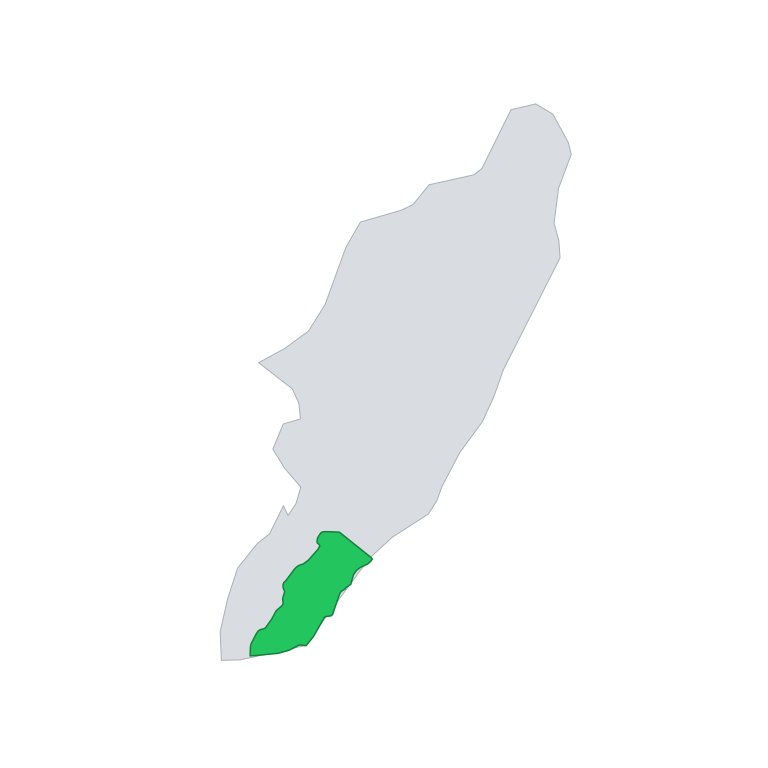 Portland highlighted on a map of Jamaica, rotated 109°
{"feature_id": "JAM-1378", "entity_name": "Portland", "entity_type": "Parish", "adm_level": 1, "iso_a3": "JAM", "parent_name": "Jamaica", "parent_adm1": "", "projection": "mercator", "projection_center": [-76.532, 18.127], "detail": "fine", "context": "in_parent", "style": "filled", "palette": "green", "viewbox_px": 768, "rotation_deg": 109, "n_neighbors": 0, "source": "natural_earth", "source_scale": "10m", "svg_char_len": 1729}
<svg xmlns="http://www.w3.org/2000/svg" viewBox="0 0 768 768"><g transform="rotate(109 384 384)"><path d="M388.0,278.8L424.0,290.0L461.2,295.7L477.2,296.1L492.3,299.6L526.3,326.4L553.6,341.1L657.2,373.8L691.7,430.2L698.2,447.8L671.5,458.3L637.8,461.9L605.6,462.5L575.8,451.7L562.8,443.4L531.9,439.5L539.5,431.9L525.8,428.3L508.6,429.1L495.9,450.7L481.7,467.9L454.6,466.2L444.2,451.6L430.0,458.2L418.5,469.0L404.7,509.4L382.6,489.4L358.5,472.6L328.3,465.6L267.2,464.5L238.5,459.0L214.5,424.8L205.1,415.1L180.9,406.2L156.9,367.0L148.3,361.6L83.2,353.2L69.8,331.7L73.8,312.3L95.5,288.5L106.0,281.7L142.1,282.7L176.5,275.6L191.6,265.3L207.4,258.6L331.9,275.8L360.6,276.0L388.0,278.8Z" fill="#d9dde1" stroke="#a8b0b8" stroke-width="1"/><path d="M553.4,338.1L555.1,338.5L559.4,340.8L565.0,346.5L569.3,349.3L574.4,350.8L584.2,350.2L589.3,353.9L590.9,354.3L592.4,355.7L594.2,357.0L596.7,357.6L618.8,357.6L620.4,358.5L622.7,363.0L623.8,364.3L645.5,368.4L656.8,372.5L658.2,379.0L666.6,387.0L673.1,396.4L682.6,417.1L684.6,422.1L676.2,424.7L673.1,425.1L662.4,423.6L658.4,422.6L657.2,421.6L656.4,420.8L654.5,418.0L654.0,417.4L653.4,416.9L651.8,416.3L643.1,413.7L633.4,412.1L627.0,408.4L625.5,408.0L624.3,407.9L622.8,408.6L620.8,409.7L619.8,409.9L618.3,410.1L614.1,410.2L612.9,410.3L612.2,410.7L611.6,411.2L610.3,412.4L609.2,413.2L606.8,414.1L605.4,414.2L604.3,414.1L602.2,412.9L588.2,408.4L586.0,407.4L584.0,406.0L583.4,405.5L582.9,405.0L580.6,401.9L575.1,398.1L561.8,392.6L557.9,392.0L557.4,392.5L556.9,393.1L556.3,394.7L555.7,395.6L554.3,396.2L551.3,396.7L547.5,395.9L545.6,395.3L544.5,394.7L543.6,393.5L543.2,392.8L540.6,385.0L540.4,384.2L538.6,377.9L552.5,339.1L553.4,338.1Z" fill="#22c55e" stroke="#15803d" stroke-width="1.5"/></g></svg>